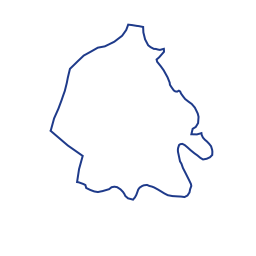 Qalyub, Al Qalyubiyah, Egypt (Albers equal-area conic projection), rotated 59°
{"feature_id": "37247803B29662728717232", "entity_name": "Qalyub", "entity_type": "district", "adm_level": 2, "iso_a3": "EGY", "parent_name": "Egypt", "parent_adm1": "Al Qalyubiyah", "projection": "albers", "projection_center": [31.221, 30.18], "detail": "fine", "context": "isolated", "style": "outline", "palette": "blue", "viewbox_px": 256, "rotation_deg": 59, "n_neighbors": 0, "source": "geoboundaries", "source_scale": "gbopen_adm2", "svg_char_len": 1831}
<svg xmlns="http://www.w3.org/2000/svg" viewBox="0 0 256 256"><g transform="rotate(59 128 128)"><path d="M90.5,195.8L112.0,188.6L128.6,181.2L138.0,191.1L148.1,199.5L149.2,198.2L152.9,195.2L154.9,193.9L157.9,194.7L161.6,192.3L165.0,189.6L167.4,186.8L168.5,183.6L168.9,182.6L170.7,175.7L170.3,172.6L171.3,169.9L173.1,167.8L176.8,166.0L180.3,165.2L182.7,165.1L184.9,165.3L188.3,164.2L190.2,162.3L192.0,160.6L191.6,159.5L191.1,157.9L189.6,155.3L187.9,153.2L186.0,150.9L185.1,148.7L185.0,145.7L185.3,143.9L186.6,141.0L188.6,139.6L190.5,137.7L192.3,136.3L196.2,134.0L199.6,132.2L202.7,130.6L206.1,128.5L209.3,124.9L211.9,121.1L214.2,117.7L216.3,115.1L216.5,111.8L214.9,108.5L212.5,106.3L210.3,103.6L209.5,103.3L208.4,102.9L204.3,102.5L196.4,101.9L190.5,101.5L186.2,100.6L183.4,100.6L177.3,98.5L174.1,97.4L172.4,96.5L171.0,95.4L168.9,93.0L168.8,91.5L169.6,89.6L171.8,88.2L175.2,87.0L179.2,85.8L183.9,84.1L187.3,82.6L190.8,81.4L193.6,79.9L194.9,76.4L195.3,72.8L194.5,69.7L191.8,67.9L190.0,67.1L186.4,66.2L183.3,66.6L180.2,67.3L177.5,68.2L174.8,68.7L171.9,68.4L170.2,67.7L169.0,72.2L166.0,76.9L162.0,73.0L162.0,69.4L159.9,65.4L154.8,61.8L151.6,60.8L149.7,60.6L145.0,60.2L140.2,61.0L136.5,62.6L132.6,64.1L129.4,64.5L125.8,64.8L123.6,64.5L122.2,65.2L122.1,67.2L121.0,68.6L119.4,69.4L115.7,69.7L112.6,69.8L110.5,68.9L105.0,68.0L96.8,67.7L92.0,68.1L86.2,68.9L84.0,68.2L83.7,66.2L83.4,64.7L81.2,57.9L79.6,57.0L78.6,56.5L77.5,60.4L76.2,61.9L74.5,63.5L73.5,65.1L70.3,67.0L67.5,68.1L60.8,67.7L54.0,65.6L49.2,63.0L46.2,66.3L45.2,67.6L45.0,67.9L44.8,68.1L41.9,71.5L39.5,74.6L40.4,75.7L43.1,79.1L45.9,85.5L47.0,95.3L46.1,105.8L43.6,112.5L43.4,120.9L43.1,128.6L44.9,136.7L46.6,143.9L47.4,147.3L53.8,153.6L57.9,157.3L63.7,163.1L66.9,167.0L70.1,170.8L75.6,177.7L81.7,186.4L90.0,195.1L90.5,195.8Z" fill="none" stroke="#1e3a8a" stroke-width="2"/></g></svg>